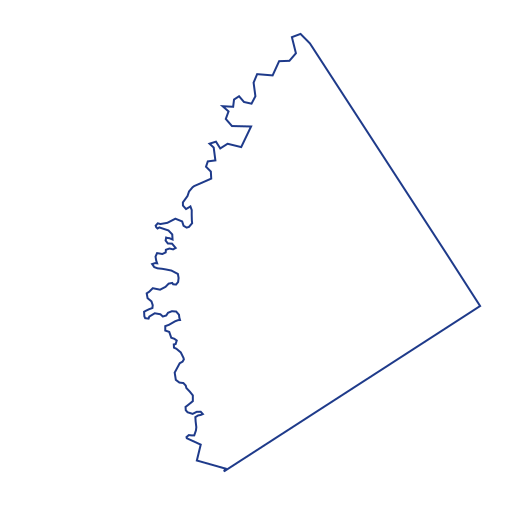 San Saba, Texas, United States of America (Mercator projection), rotated 237°
{"feature_id": "52423323B43547858448152", "entity_name": "San Saba", "entity_type": "district", "adm_level": 2, "iso_a3": "USA", "parent_name": "United States of America", "parent_adm1": "Texas", "projection": "mercator", "projection_center": [-98.711, 31.206], "detail": "fine", "context": "isolated", "style": "outline", "palette": "blue", "viewbox_px": 512, "rotation_deg": 237, "n_neighbors": 0, "source": "geoboundaries", "source_scale": "gbopen_adm2", "svg_char_len": 2198}
<svg xmlns="http://www.w3.org/2000/svg" viewBox="0 0 512 512"><g transform="rotate(237 256 256)"><path d="M92.8,111.8L92.0,406.0L92.0,416.7L153.8,417.0L404.9,417.0L418.0,414.3L420.0,405.3L404.3,399.9L401.5,390.3L406.8,381.5L398.4,368.3L407.9,356.0L402.7,348.4L390.3,342.5L386.2,335.2L391.7,329.8L399.2,328.8L399.2,322.8L393.6,318.1L399.8,309.6L392.2,311.7L387.4,305.3L378.1,306.6L367.3,322.4L355.4,302.9L365.6,293.3L365.7,284.6L373.7,284.7L375.5,278.2L370.0,279.6L358.3,274.0L361.6,267.1L358.1,262.7L351.4,264.1L345.3,260.6L348.3,242.3L348.2,240.2L346.6,235.0L343.6,231.2L340.8,223.9L338.1,222.2L333.5,222.9L333.3,226.5L333.3,228.0L329.5,227.1L325.7,224.6L320.8,221.6L318.3,220.3L316.9,215.6L317.6,213.3L320.8,211.7L325.2,212.9L331.2,208.7L332.1,199.7L334.9,193.2L336.9,191.4L336.1,188.4L334.6,188.0L332.7,188.4L332.6,190.5L325.1,196.5L319.7,197.5L315.3,195.0L318.2,193.0L319.3,191.6L320.4,190.7L318.2,188.6L314.5,188.9L312.1,192.3L306.5,193.0L306.7,190.1L309.4,187.5L310.3,183.8L308.2,182.2L308.7,178.5L310.3,176.8L312.3,174.6L310.2,171.4L306.5,169.8L303.7,169.1L305.0,167.5L305.8,164.5L302.1,164.6L299.3,166.7L296.4,170.3L293.8,173.1L289.9,177.1L283.5,180.7L279.7,179.1L276.6,176.5L275.6,173.4L277.4,171.1L279.0,171.1L280.4,167.7L279.4,163.3L280.0,157.2L285.2,151.9L284.2,147.0L284.2,144.0L279.7,142.1L274.9,143.6L271.0,142.6L268.8,140.8L269.6,137.3L270.0,134.2L270.2,131.8L266.2,129.5L264.2,129.2L262.0,131.8L263.3,133.5L263.1,139.9L259.2,144.1L256.0,144.9L255.0,148.3L256.3,151.3L255.5,155.4L252.9,158.8L248.7,159.4L246.0,158.1L243.7,157.4L244.6,155.8L245.3,152.7L245.7,145.5L246.6,141.7L242.9,139.3L239.6,141.9L233.6,140.4L231.1,142.4L228.3,143.5L225.9,140.6L226.6,138.9L223.8,137.3L221.6,138.7L216.1,140.4L210.1,139.7L208.6,139.2L207.4,136.9L207.6,133.6L202.5,124.3L195.8,121.3L191.6,122.8L189.0,125.9L185.6,126.5L183.2,125.7L178.4,126.6L173.5,127.1L168.7,124.0L168.0,117.4L167.8,114.7L164.9,113.1L162.2,113.5L158.1,116.9L157.6,121.4L155.5,124.8L152.4,125.3L152.8,123.0L153.8,120.7L153.9,117.4L150.2,115.3L144.9,112.7L142.4,110.6L139.2,106.5L140.7,104.2L142.4,102.1L142.0,99.1L140.8,98.7L127.9,106.9L116.7,95.0L94.3,114.6L92.8,111.8Z" fill="none" stroke="#1e3a8a" stroke-width="2"/></g></svg>